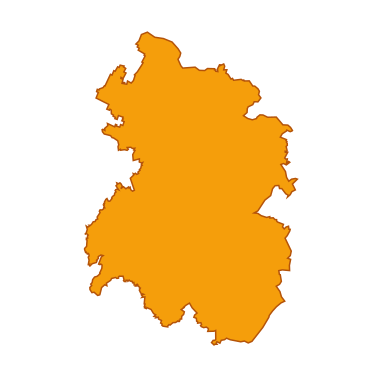 the district of Benito Juárez, Veracruz, Mexico, rotated 197°
{"feature_id": "50627088B60276405094260", "entity_name": "Benito Juárez", "entity_type": "district", "adm_level": 2, "iso_a3": "MEX", "parent_name": "Mexico", "parent_adm1": "Veracruz", "projection": "robinson", "projection_center": [-98.167, 20.817], "detail": "fine", "context": "isolated", "style": "filled", "palette": "amber", "viewbox_px": 384, "rotation_deg": 197, "n_neighbors": 0, "source": "geoboundaries", "source_scale": "gbopen_adm2", "svg_char_len": 5976}
<svg xmlns="http://www.w3.org/2000/svg" viewBox="0 0 384 384"><g transform="rotate(197 192 192)"><path d="M95.0,235.1L97.0,235.2L100.5,233.4L102.6,230.6L105.9,233.7L108.6,238.9L115.1,244.3L112.8,246.0L109.7,245.5L107.2,249.0L108.5,249.5L110.0,246.9L110.5,251.5L112.0,250.9L113.3,251.6L112.1,257.9L114.4,257.3L114.8,258.2L113.1,258.6L113.2,259.5L115.3,263.1L114.5,264.5L115.2,266.4L116.2,267.1L116.0,268.1L117.2,268.6L117.0,269.7L123.6,270.3L122.7,274.1L119.6,277.8L119.5,278.9L115.7,278.4L114.2,279.6L113.9,280.2L116.7,282.6L119.9,284.0L124.7,282.8L133.3,288.3L141.5,285.6L146.6,286.4L149.6,285.6L151.7,282.5L151.8,281.1L155.4,278.7L160.1,278.6L165.1,280.0L162.6,284.1L163.5,287.9L163.2,289.9L159.4,293.3L158.9,296.5L155.3,297.5L153.6,302.1L156.8,304.5L157.0,308.0L159.1,310.0L162.9,311.6L164.9,311.1L169.7,315.0L174.4,313.5L175.2,314.2L175.7,313.5L177.9,314.1L184.9,311.0L186.5,312.5L187.7,311.4L191.9,315.0L194.4,315.6L194.4,319.1L197.4,318.1L197.5,321.8L199.1,323.7L201.6,321.5L201.6,322.0L202.9,321.7L203.6,317.1L202.5,314.7L204.6,314.4L205.0,315.7L206.1,315.3L206.4,316.5L213.3,314.6L215.3,311.9L220.5,310.5L225.5,312.3L237.1,307.8L239.6,309.5L244.2,314.8L243.3,318.0L243.4,321.6L247.2,324.9L254.9,329.6L264.2,330.4L272.8,329.1L281.4,331.8L286.4,327.8L286.9,321.0L288.9,317.1L286.3,316.7L286.8,314.7L284.5,314.0L284.9,311.9L277.6,310.2L277.8,308.8L276.6,308.4L277.9,301.6L276.6,301.3L277.0,299.4L279.4,290.9L281.3,287.2L280.5,286.9L280.6,281.4L282.0,278.4L286.1,279.3L285.9,276.0L288.3,275.7L288.4,276.9L289.7,276.7L289.5,275.6L290.7,275.4L290.9,279.6L293.3,279.8L293.4,280.9L291.1,280.3L289.9,286.5L292.3,286.9L291.5,290.8L294.0,291.6L293.8,292.6L297.8,292.3L298.1,289.8L299.7,290.0L300.8,285.0L302.2,285.2L302.7,280.4L304.4,280.7L306.2,268.0L306.8,268.0L307.6,265.8L310.7,263.5L310.8,262.4L312.6,262.5L312.6,260.1L310.7,259.8L311.2,253.8L297.1,251.4L297.7,246.3L294.9,246.1L294.7,247.2L293.2,246.7L292.0,243.2L289.6,242.6L289.6,241.4L287.1,241.0L287.2,239.6L284.8,239.5L284.7,243.6L279.8,243.4L279.8,241.4L279.3,241.5L279.9,239.6L277.5,239.5L277.6,235.4L280.0,235.6L280.1,232.9L283.7,232.9L283.6,234.2L284.9,234.3L285.0,231.7L292.9,232.8L291.9,230.9L294.1,227.3L293.3,225.4L295.6,225.9L296.2,225.3L295.2,223.4L292.9,221.8L286.3,222.1L284.3,220.6L283.0,220.8L278.0,219.3L275.9,215.8L276.0,213.7L274.5,210.4L272.9,211.9L272.4,211.1L269.0,212.7L266.2,212.9L265.4,214.2L267.0,215.6L263.5,216.9L261.8,216.2L259.5,217.1L260.0,215.1L258.7,215.1L259.6,210.4L257.4,204.9L252.0,208.3L251.2,205.3L249.1,205.0L247.8,205.8L248.4,203.3L247.5,202.9L248.2,202.0L247.9,200.0L248.8,197.9L248.1,197.5L249.5,195.2L248.5,194.1L250.0,192.7L251.6,193.4L252.5,192.2L253.6,192.4L252.8,191.0L255.0,187.1L247.6,176.8L249.1,175.4L251.3,176.3L252.6,178.5L253.4,177.4L254.1,178.3L256.2,175.8L259.1,177.0L261.1,174.4L260.3,177.1L262.3,179.1L263.6,179.7L264.6,178.5L266.6,178.7L265.7,177.4L266.5,175.7L262.9,172.7L264.5,172.9L265.6,171.9L265.9,170.8L264.7,169.8L265.6,168.3L265.3,166.3L266.8,164.4L267.1,162.7L266.6,162.3L267.9,159.2L269.4,158.8L271.4,160.9L272.2,159.8L272.8,156.8L272.3,155.7L272.9,155.2L272.2,154.1L272.9,153.7L270.9,151.4L271.8,151.2L271.7,149.8L272.9,148.5L274.7,148.0L275.0,146.5L273.9,145.4L275.4,140.3L274.3,138.6L275.7,137.5L276.0,135.5L277.8,134.6L278.5,132.0L279.4,130.4L280.6,130.1L280.0,129.7L281.3,128.0L283.1,128.5L281.2,125.6L281.2,122.0L282.1,120.1L280.9,121.5L278.7,120.4L279.1,119.4L278.3,117.3L279.5,117.0L279.1,115.5L278.3,115.4L276.9,109.2L278.2,106.7L277.9,105.6L276.1,103.1L275.6,103.6L274.0,102.1L273.3,102.9L272.5,102.4L271.7,100.8L272.2,99.4L270.5,96.7L270.0,92.4L269.2,92.8L269.4,92.3L268.0,91.4L266.4,94.3L262.9,96.6L262.7,98.6L263.3,98.9L262.1,101.1L262.8,102.4L262.3,103.4L260.7,105.1L258.4,105.2L259.7,103.4L260.2,95.7L258.8,95.6L258.2,96.5L256.6,95.8L255.9,92.6L256.6,87.5L256.0,87.0L258.0,83.7L260.3,82.2L261.4,79.2L261.0,76.2L261.9,74.3L260.6,73.2L261.8,70.9L261.0,68.8L258.3,66.5L256.3,67.5L252.0,65.5L250.7,66.3L250.1,66.8L250.5,74.2L248.3,77.8L246.0,77.5L247.2,79.8L244.0,83.7L243.6,85.8L240.1,87.9L238.6,87.4L237.1,88.1L237.4,89.4L236.9,90.2L233.3,91.3L231.3,88.1L231.6,87.3L230.6,86.6L229.0,87.0L229.3,88.3L228.1,88.7L227.2,87.9L226.4,89.4L225.0,88.7L223.2,89.1L222.3,87.8L221.2,88.5L220.1,86.1L218.4,86.5L217.5,87.8L216.8,87.4L217.9,85.8L216.1,86.5L214.2,85.5L214.2,84.9L213.3,84.9L213.7,82.8L211.8,80.7L210.0,79.4L209.6,80.1L208.4,80.0L210.2,78.7L208.5,77.6L209.0,76.6L206.4,77.9L205.0,71.0L204.1,71.1L204.1,68.4L203.0,68.4L203.4,67.4L201.6,67.1L201.2,68.2L196.8,67.7L193.2,64.5L190.8,63.9L192.0,61.9L189.1,62.0L189.4,61.4L187.6,62.4L186.8,60.7L183.6,60.2L183.7,57.5L182.0,57.0L181.8,55.7L180.5,55.2L175.7,55.9L176.0,56.9L175.2,58.5L174.1,58.3L172.0,61.5L169.5,62.4L167.9,64.5L167.8,64.0L166.2,64.5L166.1,67.2L164.8,67.5L165.5,70.1L164.2,72.5L164.3,75.2L168.0,76.4L165.8,79.1L166.3,79.3L164.7,81.9L161.9,85.0L158.0,81.3L151.8,77.7L153.5,75.1L153.6,72.7L150.9,72.5L149.8,69.8L148.8,69.8L148.3,68.2L145.3,69.6L144.1,68.0L144.8,66.8L143.8,66.0L141.2,65.7L138.8,67.0L136.9,66.4L136.2,65.8L136.2,63.3L130.3,65.3L128.9,66.5L126.2,58.0L126.8,56.8L128.4,56.3L129.3,53.7L126.3,52.2L126.2,52.8L123.6,53.7L124.7,54.5L124.4,56.1L121.1,55.6L120.7,58.7L117.7,60.3L116.2,62.3L112.3,61.9L101.6,63.0L98.3,64.8L94.1,64.1L91.0,66.7L84.7,83.1L81.9,94.6L82.0,96.6L80.2,101.7L77.7,107.0L74.4,112.0L71.4,114.7L75.8,117.9L78.8,122.5L83.9,126.5L81.3,129.3L80.4,132.6L83.4,138.7L84.4,138.8L86.0,142.2L82.9,143.9L75.7,145.4L77.4,150.3L78.0,156.4L81.2,156.6L79.4,159.9L79.8,164.5L89.5,175.1L88.2,178.0L87.1,183.3L87.2,185.0L88.4,184.7L89.7,187.5L91.8,186.0L93.0,183.7L95.2,185.0L95.1,187.8L101.4,188.3L102.5,188.9L103.0,190.3L104.8,189.9L106.7,191.1L109.9,189.9L110.4,191.2L113.2,189.5L118.9,189.6L122.8,190.8L126.5,190.1L123.5,193.2L119.9,205.6L115.7,211.6L115.9,218.7L114.4,222.3L110.9,223.6L109.3,220.9L107.1,221.5L101.8,217.7L99.1,217.1L99.2,215.1L97.3,218.1L96.6,221.5L93.8,224.2L98.3,229.0L95.0,235.1Z" fill="#f59e0b" stroke="#b45309" stroke-width="1.5"/></g></svg>